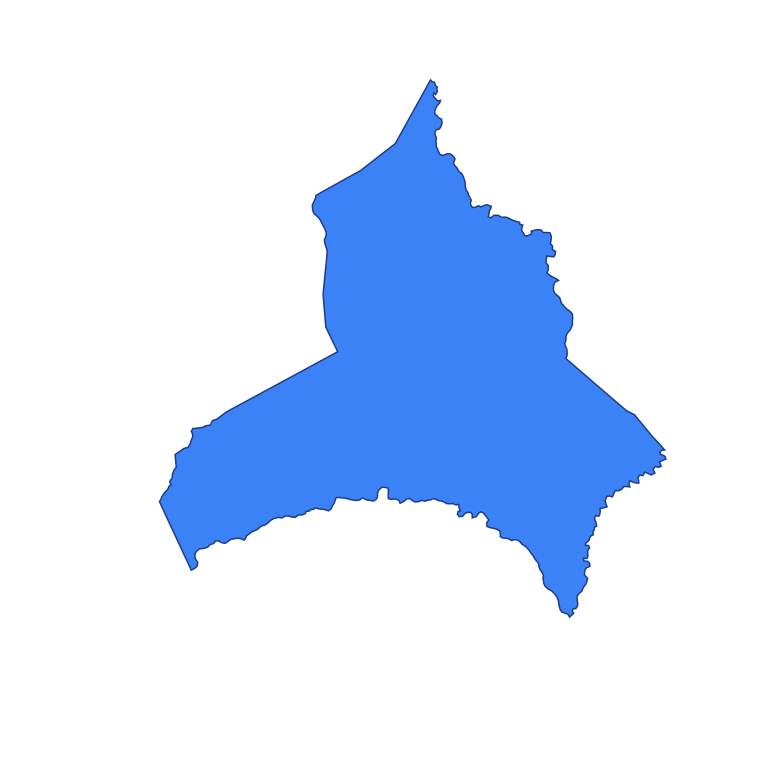 the district of Brumado, Bahia, Brazil, rotated 73°
{"feature_id": "56859067B23298098708687", "entity_name": "Brumado", "entity_type": "district", "adm_level": 2, "iso_a3": "BRA", "parent_name": "Brazil", "parent_adm1": "Bahia", "projection": "natural_earth1", "projection_center": [-41.652, -14.215], "detail": "fine", "context": "isolated", "style": "filled", "palette": "blue", "viewbox_px": 768, "rotation_deg": 73, "n_neighbors": 0, "source": "geoboundaries", "source_scale": "gbopen_adm2", "svg_char_len": 6050}
<svg xmlns="http://www.w3.org/2000/svg" viewBox="0 0 768 768"><g transform="rotate(73 384 384)"><path d="M616.2,288.8L619.1,289.1L621.3,289.5L624.1,289.2L627.8,287.2L631.1,284.0L634.8,282.0L639.2,280.7L642.1,280.6L644.7,281.0L647.5,281.4L651.1,281.5L654.0,280.7L655.9,278.1L658.0,275.3L661.2,274.7L660.0,272.2L658.7,269.6L656.0,270.4L654.3,268.9L654.9,266.4L652.8,263.8L650.2,262.8L648.0,262.6L644.8,261.9L642.9,261.0L641.3,258.6L639.9,255.3L636.7,252.8L634.5,249.5L632.3,247.8L629.3,246.1L625.5,248.0L623.3,247.5L621.1,246.5L618.9,244.3L618.6,240.5L615.6,239.8L613.2,241.0L611.6,244.7L609.0,244.1L610.2,240.9L608.4,239.4L606.2,238.8L603.1,238.1L600.8,235.4L598.3,235.5L597.2,238.5L595.1,237.5L593.9,234.1L591.3,232.3L589.7,230.4L589.3,227.8L586.9,227.6L585.1,225.9L582.5,224.6L582.1,222.2L578.9,221.8L576.4,221.9L573.6,221.9L571.9,220.1L573.2,217.2L571.5,215.6L569.1,214.5L566.2,213.8L566.6,210.0L566.7,206.6L563.6,206.8L560.1,206.6L556.5,203.7L557.0,201.3L558.7,198.6L555.5,195.9L553.7,194.0L554.7,190.7L554.2,187.6L552.2,184.7L553.0,181.8L554.3,179.0L551.2,179.0L548.4,177.3L549.9,175.5L552.0,172.6L553.3,169.4L550.9,168.7L548.3,168.7L545.8,166.4L547.3,163.1L544.5,160.3L546.5,158.0L549.1,155.0L548.4,151.0L544.5,151.7L542.2,148.9L543.9,145.7L543.7,143.0L538.9,143.3L538.5,139.7L538.3,136.4L535.3,136.4L531.6,140.5L529.5,139.7L528.5,137.3L529.2,134.9L522.0,138.1L512.7,142.7L486.6,153.5L480.5,159.8L476.5,162.4L474.6,163.7L412.9,202.6L409.8,200.4L407.2,199.6L404.7,199.0L401.5,199.2L398.3,199.6L396.7,198.1L394.7,197.0L391.7,196.0L389.0,194.0L386.9,190.3L385.1,188.7L382.1,186.3L379.2,185.6L376.9,184.6L374.6,183.9L371.9,183.4L369.3,184.6L366.1,187.0L363.5,188.7L360.9,189.5L358.9,190.7L356.0,190.8L353.1,190.7L350.8,191.8L348.8,193.3L346.3,194.4L343.1,194.4L339.9,193.2L336.7,191.1L335.9,186.8L333.7,188.5L331.3,191.1L328.8,193.4L325.5,195.7L322.9,193.6L318.6,192.3L315.4,193.7L312.0,192.2L309.1,190.9L310.6,188.0L312.0,184.3L310.2,182.5L307.3,181.2L304.7,183.6L301.4,182.5L298.4,183.8L294.4,181.8L291.7,180.8L288.0,181.1L286.6,184.3L285.9,187.3L282.5,188.9L281.4,191.8L280.9,195.3L280.9,198.6L283.2,198.8L284.0,201.1L284.2,203.7L283.2,206.3L281.0,206.3L277.4,207.5L274.4,206.2L272.5,204.9L271.3,207.3L269.0,207.1L267.4,209.7L265.1,213.0L262.9,215.2L260.8,217.5L259.5,220.2L259.0,222.8L256.1,225.5L254.8,229.5L256.3,233.2L254.8,235.4L252.4,234.0L249.4,232.8L247.5,230.7L245.4,229.5L242.6,233.2L242.5,236.2L243.1,239.3L241.2,241.5L241.6,245.0L241.0,247.9L237.7,248.8L235.7,248.2L233.8,246.8L230.7,247.4L227.5,248.0L225.3,247.8L222.9,248.6L220.1,248.7L216.3,247.9L213.8,247.3L211.2,247.5L208.9,247.5L205.9,248.0L202.5,250.3L198.6,251.1L195.8,252.5L193.0,253.0L191.4,251.6L189.5,250.3L187.4,250.8L185.4,251.8L183.2,253.5L182.3,256.1L182.6,260.3L181.5,263.0L179.5,263.6L177.0,264.0L174.0,264.3L171.5,264.5L168.8,263.6L166.1,263.1L163.8,261.9L161.7,262.2L158.2,261.9L156.0,259.7L156.4,256.5L154.1,254.0L151.3,252.1L147.6,251.7L145.4,253.9L142.6,255.1L140.4,256.5L137.7,255.6L135.4,253.7L133.3,251.8L131.6,248.7L129.3,247.1L129.2,249.9L125.8,251.5L122.8,252.7L120.2,251.1L122.2,250.0L119.8,247.4L117.6,247.4L115.7,246.2L113.6,247.5L110.2,247.5L109.0,249.6L106.8,250.6L157.3,302.8L173.0,343.9L173.8,347.5L176.0,358.1L179.9,376.4L181.5,383.9L183.8,393.9L186.6,395.4L189.2,397.8L192.1,400.3L195.6,401.1L198.5,401.4L200.7,401.0L203.5,399.3L206.3,397.7L208.4,397.0L211.4,396.5L214.8,395.9L218.1,395.3L221.2,395.0L223.9,395.3L226.4,396.9L228.4,398.7L231.2,399.4L234.1,399.4L239.1,399.4L241.4,399.8L245.9,401.7L251.9,404.1L254.2,405.1L263.7,409.1L266.6,410.3L274.8,413.7L277.6,414.9L281.0,416.2L288.0,417.7L312.7,423.0L325.8,421.0L331.7,420.1L335.8,419.4L339.6,418.8L344.3,442.2L359.7,518.4L361.9,529.2L363.2,535.9L363.9,539.3L364.9,543.7L368.8,554.3L368.8,558.7L370.8,560.5L372.5,561.8L372.2,564.3L371.9,566.7L372.5,569.7L372.0,572.8L371.5,576.2L370.7,579.8L372.9,582.1L375.5,581.7L378.4,582.2L381.3,584.7L384.9,587.2L387.3,589.9L387.1,594.0L388.3,597.7L390.4,604.4L402.8,607.0L404.9,609.9L407.2,611.7L409.4,613.2L412.3,614.1L413.7,616.7L415.7,617.6L418.2,617.1L419.0,619.6L421.8,621.8L423.4,625.0L425.5,627.8L427.1,629.7L429.1,631.1L430.7,633.1L443.7,631.4L505.7,622.7L504.9,618.9L503.6,616.0L500.2,614.3L496.9,615.3L493.7,615.3L490.7,614.2L488.8,611.4L487.7,608.6L488.6,604.3L488.5,600.4L486.7,597.3L486.7,593.6L484.9,590.9L485.5,588.3L488.2,585.7L489.9,582.6L488.8,578.7L487.7,575.7L488.2,572.4L488.6,569.1L490.1,566.1L492.5,563.2L490.8,561.2L488.8,559.8L488.1,557.0L486.8,554.1L486.6,551.4L486.0,547.2L484.0,543.2L484.0,538.7L482.8,535.3L481.2,532.2L480.4,528.5L480.7,523.9L482.3,520.7L481.4,517.5L482.0,514.2L484.2,511.3L485.6,507.7L484.2,504.2L485.3,500.5L484.9,497.1L483.0,495.5L483.7,492.8L482.7,490.4L483.3,488.1L482.3,485.9L483.7,483.9L485.2,481.1L486.7,477.3L489.1,474.1L488.0,471.2L485.2,468.7L483.1,466.3L480.8,464.6L478.7,463.1L479.3,460.2L480.5,457.7L481.5,455.3L483.3,452.0L484.9,449.5L486.1,447.0L487.3,444.7L487.8,441.1L486.5,437.8L489.6,434.8L491.2,431.4L492.8,428.6L492.2,425.5L490.1,423.2L487.0,422.3L484.5,420.7L482.9,418.3L482.0,415.8L483.4,412.9L484.7,410.5L488.0,411.2L491.6,412.5L494.9,413.4L496.4,410.8L496.9,408.1L497.8,405.9L499.9,403.7L502.7,403.5L502.1,399.4L500.5,395.4L501.3,392.6L503.1,391.4L505.7,389.2L506.6,385.5L506.3,382.1L508.1,379.0L507.9,376.1L508.5,373.4L507.9,370.8L509.2,368.4L511.7,365.6L513.1,362.7L514.8,360.7L516.7,359.0L517.7,356.5L518.5,353.2L520.6,350.7L521.0,347.7L524.1,348.4L527.4,348.0L527.6,350.5L530.0,351.9L532.9,350.8L533.4,347.4L531.5,344.5L531.1,341.6L532.1,338.8L534.5,337.7L537.8,338.8L537.8,334.6L535.3,331.5L534.5,328.9L536.3,326.7L539.2,325.6L541.9,324.5L544.7,323.5L546.6,326.3L550.3,327.2L552.5,324.4L553.9,321.5L556.0,318.5L558.3,316.2L561.3,316.5L564.0,317.4L566.1,315.3L567.2,312.2L568.8,309.7L571.0,307.7L571.0,304.5L572.2,302.0L574.4,300.2L577.4,298.9L579.2,297.5L581.2,295.8L583.3,294.8L585.4,293.9L588.7,292.9L591.6,291.6L595.1,291.0L598.7,289.5L601.2,288.7L604.7,289.3L607.9,288.8L611.1,287.8L613.5,287.4L616.2,288.8Z" fill="#3b82f6" stroke="#1e3a8a" stroke-width="1.5"/></g></svg>